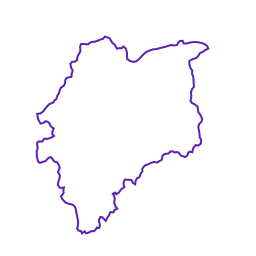 Santa Rita de Jacutinga, Minas Gerais, Brazil, rotated 348°
{"feature_id": "56859067B71709510616947", "entity_name": "Santa Rita de Jacutinga", "entity_type": "district", "adm_level": 2, "iso_a3": "BRA", "parent_name": "Brazil", "parent_adm1": "Minas Gerais", "projection": "natural_earth1", "projection_center": [-44.096, -22.111], "detail": "fine", "context": "isolated", "style": "outline", "palette": "violet", "viewbox_px": 256, "rotation_deg": 348, "n_neighbors": 0, "source": "geoboundaries", "source_scale": "gbopen_adm2", "svg_char_len": 3129}
<svg xmlns="http://www.w3.org/2000/svg" viewBox="0 0 256 256"><g transform="rotate(348 128 128)"><path d="M42.1,95.3L41.9,98.5L42.1,101.5L43.4,105.5L46.2,105.5L48.6,104.2L50.9,105.3L52.2,107.6L52.8,110.2L55.2,113.1L53.5,115.5L52.6,118.2L54.0,120.4L51.3,121.4L48.2,121.8L46.2,121.8L43.8,121.0L41.4,123.4L38.1,122.6L36.2,123.4L35.6,125.7L35.6,128.7L33.7,132.0L33.2,135.5L32.9,138.4L33.0,141.7L34.5,143.8L37.8,143.4L40.6,143.2L42.5,141.7L44.3,140.6L46.6,140.5L47.8,143.0L49.0,145.5L51.6,146.9L52.6,149.6L53.0,152.7L50.4,156.4L51.5,160.0L50.4,163.6L48.7,165.9L47.6,168.8L48.6,172.1L50.8,172.8L53.0,172.8L51.8,175.4L51.6,177.8L50.2,179.5L48.3,180.7L48.8,183.5L50.0,185.6L51.1,187.7L52.9,189.0L55.3,190.2L57.9,191.5L59.6,193.9L60.1,197.4L59.9,199.7L59.9,202.2L59.9,204.9L59.8,207.5L59.6,210.2L58.6,213.3L57.3,215.9L58.3,218.1L60.6,219.1L61.1,221.5L63.9,220.0L65.1,222.2L67.5,222.2L70.6,221.3L73.2,221.8L75.4,220.6L76.8,218.9L78.9,219.9L80.0,218.0L80.5,215.7L80.2,213.3L81.0,211.2L82.5,209.2L84.3,209.9L85.7,212.3L86.9,214.3L88.8,211.7L91.6,209.1L93.1,206.6L96.1,207.5L97.9,205.4L100.7,204.7L99.6,202.5L98.9,198.1L100.2,195.1L100.4,191.3L99.4,189.3L101.9,188.4L102.9,190.4L105.6,189.2L108.8,186.4L112.1,185.1L111.9,181.8L112.7,179.8L114.4,177.8L117.0,178.6L120.4,179.4L121.4,182.8L123.3,184.6L124.6,180.9L126.4,179.1L129.0,178.4L130.8,175.5L133.0,173.5L133.5,170.9L135.6,168.9L137.9,167.8L139.8,167.9L142.6,167.0L146.3,166.6L149.2,167.8L151.4,167.0L154.2,166.3L155.9,162.6L157.6,161.3L159.6,161.1L162.2,161.4L164.6,159.8L166.7,160.1L168.5,161.6L170.4,161.6L172.3,162.5L174.0,165.9L175.9,167.1L177.8,168.2L180.2,167.4L181.7,164.6L183.7,164.0L185.9,165.1L187.1,162.0L188.6,160.3L190.7,158.8L193.0,159.8L195.9,158.5L197.1,155.0L196.2,151.9L196.7,149.2L196.9,145.3L196.9,141.7L198.4,138.9L201.2,137.2L202.5,134.5L201.9,132.2L201.3,129.6L200.1,127.4L200.3,124.7L200.4,121.4L198.1,118.8L195.7,116.7L194.7,114.4L196.1,111.7L196.7,109.3L197.0,106.2L198.7,103.4L201.3,101.1L201.5,97.9L202.0,95.0L202.5,91.5L201.9,88.3L202.8,85.2L201.5,82.2L201.3,78.6L201.8,75.4L203.6,74.6L205.5,74.2L207.4,74.0L210.0,73.4L212.2,71.7L213.9,69.7L216.5,69.2L220.0,67.7L223.1,67.0L222.6,64.4L220.4,61.9L218.3,60.5L216.1,59.5L212.9,58.1L208.6,57.4L205.9,57.3L202.8,57.5L200.1,56.9L199.6,54.1L197.0,53.7L194.9,54.9L193.3,56.9L190.3,56.9L187.3,55.7L184.1,56.1L180.5,56.4L177.6,56.4L174.2,56.6L171.2,56.6L169.0,56.3L166.9,56.5L163.4,57.0L161.2,57.6L159.1,58.8L156.8,60.3L154.2,62.2L152.0,63.5L149.8,64.5L147.0,64.5L143.7,62.7L141.6,60.4L142.1,57.2L142.7,54.0L142.2,49.5L140.3,47.3L138.3,48.7L136.1,48.1L133.7,48.1L132.8,45.4L131.9,42.9L130.3,41.4L129.6,39.1L128.7,36.4L126.8,35.2L124.4,33.8L121.9,35.7L119.8,35.6L117.5,36.2L113.1,36.7L110.5,36.3L108.4,36.7L106.4,37.8L104.0,37.2L101.7,36.5L99.3,36.2L98.1,38.5L97.4,43.0L95.4,45.3L93.5,47.5L92.3,51.0L89.7,52.0L87.1,51.7L85.0,53.2L84.9,57.2L85.8,60.2L84.1,63.6L83.3,66.2L81.2,66.2L78.5,66.1L76.6,68.0L75.7,71.3L73.7,73.5L70.8,74.5L69.1,76.8L67.9,79.2L65.7,81.7L63.9,84.8L61.8,85.8L60.3,87.4L58.1,87.9L55.5,88.5L52.9,90.4L50.7,92.1L48.7,94.0L45.3,95.6L42.1,95.3Z" fill="none" stroke="#5b21b6" stroke-width="2"/></g></svg>